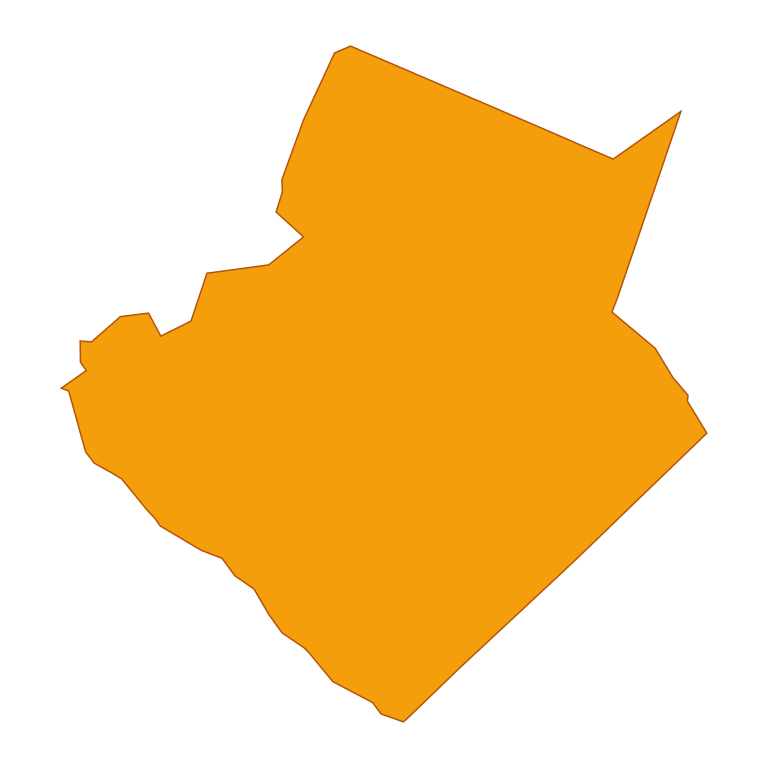 the district of Gwinnett, Georgia, United States of America
{"feature_id": "52423323B79276741434448", "entity_name": "Gwinnett", "entity_type": "district", "adm_level": 2, "iso_a3": "USA", "parent_name": "United States of America", "parent_adm1": "Georgia", "projection": "albers", "projection_center": [-84.077, 33.96], "detail": "fine", "context": "isolated", "style": "filled", "palette": "amber", "viewbox_px": 768, "rotation_deg": 0, "n_neighbors": 0, "source": "geoboundaries", "source_scale": "gbopen_adm2", "svg_char_len": 840}
<svg xmlns="http://www.w3.org/2000/svg" viewBox="0 0 768 768"><path d="M303.5,236.9L268.7,264.9L207.0,273.2L191.0,321.1L160.8,336.1L148.5,313.1L120.4,316.6L91.5,341.9L80.2,341.0L80.4,362.1L86.3,370.6L61.2,388.2L68.7,391.0L85.5,451.4L86.4,452.9L94.3,463.2L114.1,474.2L115.0,474.9L121.6,478.8L147.1,510.1L154.7,518.1L160.4,526.1L201.4,550.4L222.1,558.4L234.9,575.8L254.0,589.0L269.1,614.9L282.1,632.9L304.0,647.7L309.3,653.1L332.9,681.7L372.7,702.6L381.1,714.0L403.5,721.9L410.2,715.7L459.9,667.7L559.3,575.1L580.7,554.9L612.6,524.1L631.4,505.9L706.8,433.2L687.4,401.2L688.0,395.3L672.8,377.4L655.2,348.3L612.0,312.1L617.7,297.2L660.4,171.8L680.9,111.4L613.2,159.1L583.4,146.3L550.4,131.9L470.6,97.6L350.5,46.1L334.6,52.9L303.8,119.3L281.9,179.7L282.4,191.9L276.1,212.0L303.5,236.9Z" fill="#f59e0b" stroke="#b45309" stroke-width="1.5"/></svg>